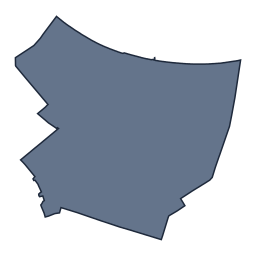 Al Manshiyya, Al Iskandariyah, Egypt (Robinson projection)
{"feature_id": "37247803B47768996612794", "entity_name": "Al Manshiyya", "entity_type": "district", "adm_level": 2, "iso_a3": "EGY", "parent_name": "Egypt", "parent_adm1": "Al Iskandariyah", "projection": "robinson", "projection_center": [29.892, 31.198], "detail": "fine", "context": "isolated", "style": "filled", "palette": "slate", "viewbox_px": 256, "rotation_deg": 0, "n_neighbors": 0, "source": "geoboundaries", "source_scale": "gbopen_adm2", "svg_char_len": 5485}
<svg xmlns="http://www.w3.org/2000/svg" viewBox="0 0 256 256"><path d="M205.7,182.7L207.4,181.6L209.8,180.1L211.3,178.4L212.2,177.5L215.3,167.4L219.1,156.4L219.7,154.8L229.5,126.4L231.6,115.7L234.9,97.7L240.6,60.0L240.1,60.1L239.7,60.2L239.2,60.3L238.8,60.5L238.3,60.5L237.9,60.6L237.6,60.7L237.2,60.8L236.8,60.8L236.5,60.9L236.2,60.9L235.9,61.0L235.6,61.0L235.3,61.1L235.0,61.1L234.8,61.1L234.5,61.2L234.2,61.2L234.0,61.3L233.7,61.3L233.4,61.3L233.2,61.3L232.9,61.4L232.6,61.4L232.3,61.5L231.9,61.5L231.6,61.6L231.2,61.6L230.8,61.7L230.4,61.8L230.0,61.8L229.5,61.9L229.1,62.0L228.6,62.0L228.1,62.1L227.6,62.2L227.1,62.2L226.6,62.3L226.2,62.4L225.7,62.5L225.2,62.5L224.8,62.6L224.3,62.7L223.9,62.7L223.5,62.7L223.1,62.8L222.7,62.9L222.4,62.9L222.0,63.0L221.7,63.0L221.4,63.1L221.1,63.1L220.7,63.2L220.4,63.2L220.0,63.2L219.6,63.3L219.2,63.3L218.7,63.3L218.2,63.3L217.7,63.4L217.2,63.4L216.7,63.4L216.2,63.5L215.6,63.5L215.1,63.6L214.5,63.6L213.9,63.6L213.4,63.7L212.8,63.7L212.2,63.7L211.6,63.8L211.0,63.8L210.3,63.9L209.7,63.9L209.1,63.9L208.5,64.0L207.9,64.0L207.2,64.0L206.6,64.0L206.0,64.0L205.4,64.1L204.9,64.1L204.3,64.1L203.7,64.1L203.2,64.1L202.7,64.1L202.2,64.1L201.8,64.1L201.3,64.1L200.9,64.1L200.5,64.1L200.1,64.1L199.7,64.1L199.3,64.1L198.9,64.1L198.5,64.1L198.1,64.1L197.7,64.1L197.3,64.1L196.8,64.1L196.4,64.1L196.0,64.1L195.6,64.1L195.2,64.1L194.8,64.1L194.4,64.1L194.1,64.1L193.7,64.1L193.3,64.1L192.9,64.1L192.6,64.0L192.2,64.0L191.8,64.0L191.4,64.0L191.0,64.0L190.7,64.0L190.3,64.0L190.0,63.9L189.7,63.9L189.4,63.9L189.1,63.9L188.9,63.9L188.7,63.9L188.0,63.9L187.8,63.9L187.6,63.8L187.4,63.8L187.1,63.8L186.9,63.8L186.6,63.8L186.4,63.8L186.1,63.8L185.9,63.8L185.6,63.7L185.3,63.7L185.1,63.7L184.8,63.7L184.5,63.6L184.2,63.6L183.9,63.6L183.6,63.6L183.3,63.6L182.9,63.5L182.6,63.5L182.3,63.5L181.9,63.4L181.6,63.4L181.3,63.4L180.9,63.4L180.6,63.4L180.3,63.3L180.0,63.3L179.7,63.3L179.4,63.3L179.1,63.2L178.8,63.2L178.6,63.2L178.3,63.1L178.1,63.1L177.9,63.1L177.6,63.1L177.4,63.1L177.2,63.1L176.7,63.0L176.4,63.0L176.2,63.0L175.9,63.0L175.6,62.9L175.3,62.9L175.0,62.9L174.6,62.8L174.3,62.9L174.0,62.8L173.6,62.8L173.3,62.7L172.9,62.7L172.6,62.7L172.2,62.6L171.8,62.6L171.3,62.5L170.9,62.5L170.4,62.4L170.0,62.4L169.5,62.3L169.0,62.3L168.5,62.2L168.1,62.2L167.6,62.1L167.1,62.1L166.7,62.0L166.2,62.0L165.8,61.9L165.3,61.8L164.9,61.8L164.4,61.7L164.0,61.7L163.5,61.6L163.1,61.5L162.6,61.5L162.2,61.5L161.7,61.4L161.3,61.3L160.9,61.3L160.6,61.2L160.2,61.2L159.9,61.1L159.6,61.1L159.4,61.1L159.1,61.0L158.9,61.0L158.6,60.9L158.3,60.9L158.1,60.8L157.8,60.8L157.6,60.7L157.3,60.7L157.0,60.6L156.7,60.6L156.4,60.6L156.1,60.5L155.8,60.5L155.6,60.4L155.3,60.4L155.1,60.3L154.9,60.1L154.8,59.9L154.7,59.4L154.7,59.0L154.8,58.7L154.8,58.2L154.7,57.7L154.5,57.8L154.4,58.1L154.4,58.6L154.3,59.0L154.2,59.5L154.1,59.8L153.9,60.0L153.7,59.9L153.5,59.7L153.3,59.6L153.0,59.6L152.8,59.5L152.6,59.5L152.4,59.6L152.1,59.6L151.8,59.7L151.5,59.7L151.2,59.6L150.9,59.6L150.6,59.6L150.3,59.5L150.1,59.5L149.7,59.4L149.3,59.3L149.0,59.2L148.7,59.2L148.3,59.1L147.9,59.1L147.5,58.9L147.0,58.9L146.4,58.8L145.9,58.7L145.3,58.5L144.7,58.4L144.1,58.3L143.5,58.1L142.9,58.0L142.2,57.8L141.6,57.7L141.0,57.5L140.4,57.3L139.7,57.1L139.1,57.0L138.4,56.8L137.7,56.6L137.0,56.4L136.3,56.2L135.6,56.1L135.0,55.9L134.3,55.7L133.7,55.5L133.0,55.4L132.5,55.2L131.9,55.1L131.4,55.0L131.0,54.8L130.5,54.7L130.1,54.6L129.8,54.5L129.5,54.4L129.2,54.3L128.9,54.3L128.7,54.2L128.2,54.1L127.8,53.9L127.6,53.9L127.3,53.8L127.0,53.7L126.7,53.6L126.4,53.5L126.1,53.4L125.8,53.3L125.5,53.3L125.2,53.2L124.6,53.0L124.2,52.9L123.8,53.0L123.5,53.2L123.3,53.3L123.0,53.4L122.7,53.3L122.4,53.3L122.1,53.2L121.7,53.1L121.3,53.0L120.8,52.8L120.2,52.6L119.7,52.4L119.0,52.2L118.3,52.0L117.6,51.7L116.9,51.4L116.1,51.1L115.3,50.9L114.4,50.5L113.6,50.2L112.7,49.9L111.8,49.5L110.9,49.2L110.0,48.9L109.1,48.5L108.2,48.1L107.4,47.8L106.5,47.4L105.6,47.1L104.7,46.7L103.8,46.3L103.0,46.0L102.1,45.5L101.3,45.2L100.5,44.8L99.7,44.5L99.0,44.1L98.2,43.7L97.5,43.4L96.8,43.0L96.1,42.7L95.5,42.3L94.8,42.0L94.2,41.6L93.5,41.3L92.9,41.0L92.2,40.6L91.6,40.3L90.9,39.9L90.3,39.5L89.6,39.1L88.9,38.7L88.2,38.3L87.4,37.8L86.7,37.4L85.9,36.9L85.1,36.4L84.3,36.0L83.5,35.5L82.6,35.0L81.8,34.5L81.0,34.0L80.2,33.4L79.4,32.9L78.6,32.4L77.8,31.9L77.0,31.4L76.2,30.9L75.4,30.4L74.6,29.9L73.9,29.4L73.2,28.9L72.5,28.4L71.9,28.0L71.3,27.6L70.7,27.2L70.2,26.8L69.7,26.5L69.3,26.3L68.8,25.9L68.4,25.7L68.0,25.4L67.6,25.1L67.2,24.8L66.7,24.5L66.2,24.1L65.7,23.7L65.2,23.3L64.6,22.9L64.0,22.5L63.4,22.0L62.8,21.5L62.1,21.0L61.5,20.4L60.8,19.9L60.1,19.4L59.5,18.8L58.8,18.3L58.2,17.8L57.7,17.4L57.2,17.0L56.8,16.7L56.5,16.4L43.0,34.4L40.4,38.2L33.9,45.5L27.9,49.5L15.4,57.7L15.5,64.2L15.5,65.3L15.8,66.2L26.8,79.4L48.0,104.5L46.6,105.8L45.4,107.1L37.6,113.6L48.6,123.0L55.9,127.9L56.5,128.5L57.4,127.7L58.5,128.5L36.2,147.0L35.4,147.6L28.7,153.2L20.6,159.9L22.8,162.1L25.0,164.5L32.2,173.3L34.9,176.6L33.0,178.9L33.8,180.5L35.1,180.3L38.2,184.6L38.3,185.2L41.4,191.9L40.5,192.4L38.7,194.1L38.9,195.7L39.6,196.7L42.8,196.0L44.3,200.6L43.0,201.4L41.9,203.6L40.8,205.0L41.4,206.7L44.1,213.1L45.2,217.0L48.5,216.1L54.8,213.6L57.4,213.2L59.5,212.9L61.0,207.6L77.5,212.7L101.9,221.1L119.7,227.0L132.7,230.8L133.5,231.1L161.3,239.6L162.6,235.7L168.2,217.4L168.7,216.1L168.9,215.8L177.2,210.9L184.9,205.7L182.1,201.0L181.7,200.4L181.2,199.6L180.6,198.6L190.9,191.9L191.6,191.4L195.3,189.1L205.7,182.7Z" fill="#64748b" stroke="#1e293b" stroke-width="1.5"/></svg>